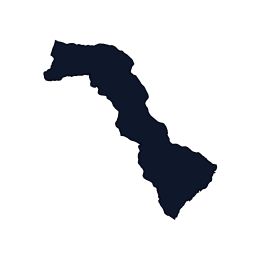 Guaraçaí, São Paulo, Brazil (Mercator projection), rotated 286°
{"feature_id": "56859067B61494615775920", "entity_name": "Guaraçaí", "entity_type": "district", "adm_level": 2, "iso_a3": "BRA", "parent_name": "Brazil", "parent_adm1": "São Paulo", "projection": "mercator", "projection_center": [-51.278, -21.071], "detail": "fine", "context": "isolated", "style": "filled", "palette": "ink", "viewbox_px": 256, "rotation_deg": 286, "n_neighbors": 0, "source": "geoboundaries", "source_scale": "gbopen_adm2", "svg_char_len": 4234}
<svg xmlns="http://www.w3.org/2000/svg" viewBox="0 0 256 256"><g transform="rotate(286 128 128)"><path d="M151.8,36.1L151.9,38.3L152.3,40.5L153.0,41.7L153.7,42.9L153.7,44.4L154.3,45.5L154.9,46.6L154.9,48.0L156.0,49.9L157.9,50.5L159.4,51.5L160.6,53.6L161.9,54.9L161.8,56.5L162.6,57.6L162.2,59.3L162.9,60.3L163.9,61.8L164.4,63.9L165.4,65.6L165.7,67.2L166.3,69.3L167.1,70.4L168.1,72.0L168.1,73.7L169.1,76.3L167.8,76.6L165.8,77.5L164.6,78.4L162.7,80.0L160.3,80.1L158.6,80.8L158.1,83.1L158.3,85.1L160.0,86.1L159.0,87.8L158.0,89.1L156.9,89.5L154.5,89.7L153.4,90.1L152.7,91.6L152.7,93.2L153.1,95.3L153.3,96.6L153.5,97.9L152.5,99.7L151.3,99.7L150.6,101.3L150.4,102.9L149.6,104.3L148.7,105.8L147.1,107.0L145.6,108.0L144.8,109.4L143.7,110.7L143.0,112.5L142.4,113.8L141.8,115.0L140.1,115.3L137.9,115.7L136.0,116.0L134.0,115.7L132.1,115.9L130.7,115.2L128.9,115.0L127.4,115.9L126.5,116.5L125.8,118.1L125.5,119.3L124.5,120.3L123.2,121.0L121.9,122.2L120.3,123.0L119.2,123.5L119.5,125.0L119.7,126.7L119.3,128.3L119.1,130.0L118.5,131.5L117.9,132.9L117.5,134.8L117.6,136.6L117.5,138.7L117.2,140.5L116.7,142.0L116.4,143.7L115.7,145.3L114.6,144.3L113.5,143.4L112.2,144.0L110.7,145.4L109.0,146.5L107.5,145.9L105.8,145.5L103.9,145.9L102.5,146.3L101.3,147.1L99.9,147.4L98.0,147.6L96.8,148.4L95.9,150.1L94.4,151.6L93.4,153.5L92.3,154.6L90.6,155.7L89.2,155.7L87.9,155.8L86.3,155.8L84.7,157.4L84.3,158.7L83.8,160.5L83.6,162.6L83.1,164.9L82.3,166.9L81.2,167.6L79.5,168.8L79.1,170.3L79.1,171.8L77.8,172.9L76.3,173.4L74.3,174.6L72.4,176.1L69.9,176.8L69.1,178.3L67.9,178.4L66.6,177.8L65.4,178.5L64.7,179.6L63.7,180.3L62.5,181.4L61.8,182.6L60.8,183.8L59.5,184.9L58.0,186.1L56.6,186.9L55.9,188.3L55.3,190.0L55.6,191.5L54.9,193.5L53.5,197.8L55.4,197.7L56.1,199.1L57.4,199.2L59.4,199.3L61.5,199.9L62.6,199.5L64.3,199.9L65.7,200.4L66.6,201.2L68.2,201.7L69.2,202.5L71.2,202.9L72.6,203.3L74.0,203.6L74.7,205.0L76.0,206.1L75.3,207.1L76.6,207.9L77.7,208.7L78.8,208.4L80.6,209.9L82.2,210.7L84.0,211.2L85.2,212.2L86.0,213.2L87.2,212.3L88.6,213.7L87.8,214.9L89.4,215.8L90.6,216.8L91.2,218.2L92.4,219.3L94.4,219.9L96.1,220.0L97.8,220.6L99.2,221.4L100.2,222.5L102.0,222.3L103.1,221.9L104.2,221.0L105.0,221.9L106.4,222.1L108.1,222.0L109.0,223.3L109.5,222.1L110.7,222.0L111.4,223.3L112.8,223.8L114.7,223.8L116.5,222.9L116.4,221.0L116.2,219.6L116.5,218.3L117.5,216.5L117.9,214.8L118.9,212.6L119.9,211.4L120.2,209.9L121.0,208.7L121.2,207.5L121.8,206.3L122.8,204.4L123.5,202.5L122.7,200.9L122.6,199.5L122.6,197.7L122.8,196.1L123.3,194.9L124.2,193.2L124.7,191.9L125.4,190.4L125.6,188.5L124.9,186.6L124.3,185.1L124.6,183.4L125.2,181.6L125.6,179.6L125.1,177.4L124.5,176.0L124.4,174.6L125.1,173.0L126.2,171.2L127.7,170.6L129.1,170.1L130.0,169.0L131.3,167.9L132.0,166.9L133.5,167.2L135.1,166.6L136.6,165.9L138.0,164.9L139.6,163.7L140.8,162.1L141.6,161.1L141.8,159.9L141.6,158.2L141.6,156.0L141.8,154.8L145.7,146.1L146.6,145.0L147.5,144.0L148.9,142.7L150.6,142.0L152.5,140.7L153.3,139.3L155.0,137.9L155.9,137.1L157.3,137.1L158.7,137.2L160.5,137.9L162.1,138.7L163.5,138.7L164.6,138.1L165.7,137.5L166.6,136.6L167.9,135.4L169.5,133.9L170.7,132.9L172.0,131.5L172.6,130.1L173.8,128.1L175.8,126.1L178.9,122.3L180.1,120.9L180.1,118.4L181.1,116.5L181.5,115.2L182.5,114.5L184.5,114.3L186.3,114.4L188.2,114.4L190.1,115.3L191.1,115.7L192.2,114.8L193.2,114.1L194.1,113.3L194.9,112.3L195.6,110.8L196.6,108.9L197.2,107.8L197.9,106.3L198.5,103.7L199.5,102.2L200.1,100.9L199.6,99.6L199.7,97.8L200.4,96.0L201.2,94.9L201.8,93.6L202.2,92.4L202.5,90.9L202.5,89.6L201.9,88.6L201.7,87.3L201.8,85.8L201.7,84.3L201.6,83.0L201.6,81.4L201.2,80.0L200.9,78.3L200.2,76.6L198.9,75.0L198.1,74.0L197.0,72.9L197.0,71.0L196.1,69.0L196.4,67.4L195.4,65.5L194.5,64.5L195.0,62.8L194.4,60.8L194.4,59.5L194.5,57.8L193.3,56.2L193.4,54.7L193.9,53.0L193.6,51.0L192.6,48.5L191.6,47.2L191.2,45.9L191.2,44.4L191.6,42.7L191.6,40.9L191.6,38.6L191.1,37.4L191.6,35.9L191.8,34.4L190.1,34.6L187.9,34.6L186.0,34.5L184.6,34.2L182.3,34.1L180.7,34.2L178.5,34.0L177.0,34.1L176.5,35.8L175.0,38.0L173.6,38.5L171.8,38.2L170.1,37.7L168.8,37.6L167.6,37.9L166.4,37.3L164.9,37.7L163.8,37.7L162.8,36.9L161.7,35.3L159.8,34.6L158.7,32.6L157.6,32.2L155.9,33.0L154.8,33.6L153.2,34.3L151.8,36.1Z" fill="#0f172a" stroke="#020617" stroke-width="1.5"/></g></svg>